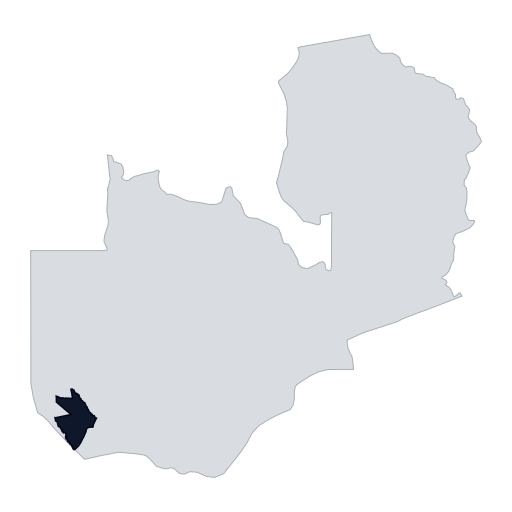 Sioma, Western, Zambia (highlighted)
{"feature_id": "96606910B11966717412590", "entity_name": "Sioma", "entity_type": "district", "adm_level": 2, "iso_a3": "ZMB", "parent_name": "Zambia", "parent_adm1": "Western", "projection": "natural_earth1", "projection_center": [23.042, -16.752], "detail": "fine", "context": "in_parent", "style": "filled", "palette": "ink", "viewbox_px": 512, "rotation_deg": 0, "n_neighbors": 0, "source": "geoboundaries", "source_scale": "gbopen_adm2", "svg_char_len": 7749}
<svg xmlns="http://www.w3.org/2000/svg" viewBox="0 0 512 512"><path d="M353.5,369.4L328.0,369.5L318.7,371.8L311.0,375.4L301.9,381.0L296.6,384.9L295.1,387.1L294.4,391.9L294.3,399.3L293.3,404.6L290.5,409.4L276.7,415.3L267.6,420.1L258.7,425.8L252.0,433.2L247.3,442.3L239.6,453.5L223.6,473.7L214.4,477.4L206.6,476.5L197.3,472.3L189.9,471.6L184.4,474.2L179.4,473.4L174.7,469.1L170.9,467.6L167.7,468.8L163.7,468.6L156.3,466.2L150.0,459.1L146.5,456.1L143.9,455.0L136.2,453.8L118.7,452.2L100.6,455.7L84.6,459.3L68.3,443.4L52.6,426.5L49.3,422.2L43.4,416.5L39.2,413.8L37.5,412.4L33.3,397.3L30.9,383.5L30.7,250.6L102.4,250.6L107.1,250.0L107.2,248.6L104.0,241.5L104.1,239.0L105.0,234.2L108.2,224.6L108.4,221.3L106.9,210.9L107.1,205.0L107.9,193.2L107.4,189.2L109.1,183.9L109.7,180.4L110.3,178.9L109.5,174.8L108.1,160.8L107.3,154.9L111.6,155.8L113.0,158.7L113.8,161.8L115.8,162.0L120.9,163.9L122.7,166.5L123.8,172.1L123.1,175.0L121.5,177.3L123.1,179.4L126.5,180.8L128.5,180.3L134.3,176.5L139.6,175.1L142.3,174.1L154.2,171.6L156.6,170.2L158.2,170.2L159.4,171.3L158.3,175.3L158.0,178.8L159.4,185.5L160.5,188.6L163.0,190.9L164.8,192.1L166.8,194.5L170.9,194.1L180.0,197.5L182.7,199.1L186.6,200.6L189.3,201.2L198.6,202.4L208.5,204.3L213.7,204.5L217.3,204.0L219.9,203.0L221.4,202.0L222.1,201.0L225.9,188.3L227.8,187.3L230.3,186.7L231.7,187.8L233.3,195.9L240.4,203.1L242.8,209.2L244.6,214.4L246.1,215.8L248.8,217.6L253.2,218.2L257.0,218.4L276.3,227.2L278.4,228.9L280.7,233.6L282.1,238.9L283.6,243.2L286.1,244.0L288.3,244.3L290.5,247.2L292.1,249.7L297.8,260.2L298.5,264.3L301.3,267.1L305.0,268.3L308.5,268.4L310.5,267.2L315.4,265.0L319.3,262.6L322.1,261.7L323.7,262.2L325.0,264.0L325.8,269.2L328.5,270.9L330.5,270.2L331.3,268.2L331.4,267.2L331.7,212.6L329.9,213.0L327.7,214.5L322.6,214.7L320.6,215.8L320.0,217.6L320.4,219.9L320.4,222.9L319.7,224.4L317.5,225.0L314.2,223.8L308.4,222.2L303.5,221.3L300.0,217.2L295.3,211.0L292.2,207.9L284.7,201.5L283.5,200.2L281.2,197.1L279.3,192.0L277.5,186.1L276.5,182.3L278.3,176.6L282.8,157.6L283.8,151.8L287.5,145.8L287.8,140.4L286.3,133.6L286.7,129.8L287.3,108.1L286.4,101.3L283.9,93.7L278.6,83.2L278.6,80.9L287.0,74.1L289.5,71.5L293.8,65.9L296.8,61.2L298.7,57.4L299.3,52.4L297.9,47.7L300.8,46.8L369.6,34.6L370.6,37.8L372.7,43.2L375.0,47.2L377.9,50.6L380.4,52.7L382.1,53.4L392.7,53.2L396.5,55.3L399.8,57.9L400.6,62.1L402.8,64.7L405.1,66.7L406.1,67.0L407.8,66.5L410.7,66.4L413.3,67.3L414.5,68.2L414.7,71.7L415.4,73.2L419.0,73.8L422.7,74.1L426.2,76.4L430.0,76.9L434.4,77.8L436.4,80.4L441.1,83.0L446.8,85.3L453.1,89.1L453.2,90.3L454.3,92.6L455.4,94.2L455.4,96.6L455.9,98.8L457.6,99.3L458.9,99.5L460.1,97.9L461.8,97.9L463.7,98.9L464.3,101.5L465.7,104.9L468.0,107.3L469.6,109.5L469.0,113.7L468.0,117.4L471.1,121.2L475.2,124.7L476.3,126.3L476.6,131.5L477.2,133.3L479.9,137.7L481.3,140.6L481.2,142.2L473.6,150.9L469.0,152.2L466.9,154.0L465.7,155.9L468.6,164.5L470.2,167.7L468.8,171.8L465.8,178.8L464.4,179.4L464.1,184.7L465.0,186.6L466.4,188.1L467.0,191.7L466.8,200.6L464.8,210.6L468.1,219.4L469.3,220.4L473.9,220.5L474.7,221.2L473.6,223.7L470.3,227.6L464.3,230.6L455.7,233.9L453.9,237.1L452.7,241.7L453.7,244.5L454.8,246.0L454.4,250.1L453.6,254.3L453.8,257.7L453.4,260.6L452.2,262.1L450.7,266.6L448.8,271.1L447.3,273.1L445.2,275.3L441.8,277.1L441.8,278.0L445.6,280.1L446.6,281.5L447.0,282.5L445.3,284.8L447.1,286.1L449.2,287.3L451.2,290.3L453.5,295.9L453.9,296.5L454.6,296.6L455.9,295.9L458.2,293.7L460.0,292.8L462.0,296.1L426.1,310.0L417.7,312.9L405.2,317.8L401.1,319.6L397.8,321.5L364.5,332.3L359.3,334.5L347.5,340.0L347.1,341.0L347.2,343.5L348.2,348.7L350.2,353.5L351.9,356.2L353.0,363.2L353.5,369.4Z" fill="#d9dde1" stroke="#a8b0b8" stroke-width="1"/><path d="M71.2,389.1L71.2,389.3L70.9,389.8L71.3,391.1L71.5,392.0L71.5,392.4L71.9,393.8L72.1,395.9L72.5,397.7L72.3,397.8L71.9,398.4L71.6,398.6L71.1,398.4L70.8,398.3L70.2,398.4L69.6,398.4L68.9,398.1L68.2,398.1L67.6,398.4L67.3,398.4L67.0,398.3L66.4,398.0L65.7,398.1L64.8,398.4L63.5,398.0L63.0,397.9L62.2,397.8L61.5,398.0L60.4,397.9L59.9,397.7L59.2,397.2L58.7,397.2L57.9,396.6L57.6,396.5L57.4,396.7L57.0,396.5L56.2,396.1L56.2,396.3L56.2,396.5L56.3,396.8L56.4,402.1L71.1,414.6L69.0,415.0L68.6,415.0L55.3,417.8L55.0,417.7L55.6,421.0L55.9,421.0L56.1,421.0L56.3,421.1L56.6,421.2L56.9,421.6L57.0,421.9L57.1,422.0L57.4,422.1L57.5,422.3L57.4,422.7L57.5,422.8L57.5,423.0L57.5,423.3L57.6,423.5L57.8,423.5L57.9,424.3L57.8,424.5L58.0,424.6L58.2,424.9L58.2,425.0L58.1,425.4L58.2,425.5L58.4,425.6L58.5,425.7L58.4,426.0L58.3,426.4L58.5,426.5L59.1,426.7L59.3,426.7L59.3,426.8L59.5,426.8L59.6,426.5L59.9,426.7L60.1,426.9L60.0,427.2L60.1,427.3L60.3,427.2L60.5,427.3L60.6,427.8L60.4,427.8L60.4,428.0L60.5,428.1L60.7,428.4L61.0,428.9L61.1,429.0L61.3,429.3L61.4,429.5L61.5,429.5L61.4,429.8L61.5,429.9L61.7,430.2L61.9,430.5L62.0,430.8L62.1,430.7L62.1,430.8L62.0,431.1L62.1,431.3L62.2,431.5L62.4,431.5L62.5,431.6L62.6,431.8L62.9,431.8L63.0,431.8L63.1,432.0L63.3,431.9L63.6,432.0L63.8,432.2L63.8,432.3L63.9,432.2L64.0,432.3L63.9,432.4L64.1,432.4L64.4,432.5L64.5,432.6L64.9,432.4L65.0,432.7L65.3,432.7L65.4,432.8L65.5,432.8L65.7,433.1L65.6,433.3L65.8,433.4L66.1,433.6L65.9,433.9L66.3,434.2L66.2,434.3L66.2,434.6L66.0,434.8L66.1,435.0L65.9,435.5L66.0,435.7L66.2,435.9L66.0,436.0L65.8,436.4L65.8,436.6L65.7,436.6L65.8,436.8L65.9,436.7L66.0,437.0L65.9,437.4L65.8,437.5L65.8,437.4L65.7,437.4L65.7,437.6L65.6,437.9L65.9,438.0L65.9,437.8L66.1,437.8L66.1,438.1L66.3,438.3L66.4,438.2L66.5,438.2L66.4,438.3L66.5,438.4L66.3,438.6L66.3,438.8L66.6,438.7L66.8,438.8L66.9,439.0L67.0,439.3L67.0,439.7L67.1,439.9L67.4,440.0L67.3,440.3L67.3,440.7L67.5,440.7L67.9,440.8L67.9,441.1L68.0,441.1L68.1,441.3L68.3,441.2L68.3,441.3L68.4,441.2L68.5,441.2L68.6,441.5L68.7,441.4L68.8,441.5L68.7,441.7L68.8,441.8L68.7,441.9L68.7,442.1L68.9,442.3L69.0,442.2L69.1,442.4L69.3,442.4L69.5,442.5L69.8,442.8L69.8,443.1L69.8,443.7L69.8,443.9L70.1,444.1L70.3,444.2L70.6,444.3L70.8,444.7L71.3,445.2L71.7,445.4L71.9,446.2L72.3,445.8L72.7,447.8L73.2,449.1L73.4,449.4L74.7,449.6L77.5,447.0L77.9,446.5L78.5,446.0L79.2,445.1L80.5,442.9L81.1,442.0L81.8,440.4L82.7,438.6L83.1,438.0L83.9,436.4L84.2,435.9L84.6,434.7L85.1,433.7L86.0,431.5L86.4,429.0L87.0,428.6L87.2,428.1L87.8,427.8L88.1,427.7L88.4,427.5L88.8,427.5L89.2,427.2L92.0,427.1L92.6,427.2L93.0,427.0L93.2,426.7L93.2,425.0L96.4,418.2L96.4,418.3L96.5,418.2L96.1,417.9L95.8,417.8L95.7,417.8L95.5,417.5L95.3,417.5L94.8,417.4L94.6,417.1L94.5,416.9L94.6,416.7L94.4,416.3L94.4,416.1L94.2,416.1L94.0,415.6L92.9,415.9L92.7,415.7L92.3,415.7L92.1,415.5L92.0,415.1L91.9,415.1L91.9,414.9L92.0,414.9L92.4,415.0L92.4,414.7L92.3,414.4L91.5,414.2L91.2,414.0L91.1,413.5L90.6,412.8L90.4,412.7L90.0,412.6L89.0,411.7L88.9,411.5L88.9,411.1L88.8,410.4L88.4,409.9L88.3,409.6L88.1,409.4L87.5,408.9L87.6,408.5L87.6,408.3L87.4,408.0L87.2,407.7L87.0,407.0L86.9,406.7L86.0,406.2L85.8,405.9L85.8,405.6L85.8,405.3L85.8,405.1L85.6,404.8L85.5,404.4L85.3,404.0L85.1,403.5L85.0,403.3L84.8,403.0L84.7,402.6L84.2,402.6L83.4,402.0L83.0,401.7L82.7,401.3L82.4,400.8L82.2,400.7L81.8,400.8L81.5,400.6L81.3,400.2L81.2,399.8L81.1,399.6L81.1,399.2L81.1,398.9L80.8,398.7L80.3,398.6L79.6,397.4L79.5,397.0L79.5,396.7L79.0,396.3L79.0,395.9L79.1,395.5L79.1,395.2L78.9,395.1L78.8,394.9L78.7,394.9L78.6,395.0L78.3,394.7L78.2,394.7L77.8,394.6L77.7,394.4L77.7,394.2L77.4,393.9L77.2,393.8L77.1,393.6L76.6,393.6L76.4,393.4L76.3,393.5L76.2,393.5L76.0,393.4L75.9,393.5L75.6,393.5L75.4,393.5L75.2,393.4L75.2,393.2L75.2,392.9L75.0,392.6L74.9,392.6L74.9,392.3L74.7,392.2L74.5,391.9L74.5,391.7L74.4,391.6L74.2,391.6L74.1,391.4L74.0,391.2L74.1,390.9L74.1,390.6L74.1,390.4L73.8,390.5L73.7,390.2L73.3,390.0L73.1,390.0L72.9,389.7L72.7,389.5L72.6,389.3L72.5,389.1L72.1,389.2L71.8,389.1L71.5,389.2L71.2,389.1Z" fill="#0f172a" stroke="#020617" stroke-width="1.5"/></svg>